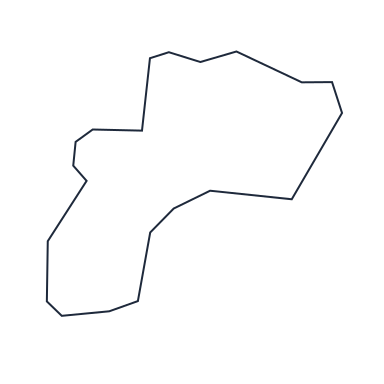 map outline of Slough (Natural Earth projection), rotated 281°
{"feature_id": "GBR-5704", "entity_name": "Slough", "entity_type": "Unitary Authority", "adm_level": 1, "iso_a3": "GBR", "parent_name": "United Kingdom", "parent_adm1": "", "projection": "natural_earth1", "projection_center": [-0.575, 51.482], "detail": "fine", "context": "isolated", "style": "outline", "palette": "slate", "viewbox_px": 384, "rotation_deg": 281, "n_neighbors": 0, "source": "natural_earth", "source_scale": "10m", "svg_char_len": 418}
<svg xmlns="http://www.w3.org/2000/svg" viewBox="0 0 384 384"><g transform="rotate(281 192 192)"><path d="M116.2,59.8L182.8,86.4L195.2,70.4L219.0,68.2L234.4,82.6L242.7,131.2L315.3,125.2L324.8,142.6L321.2,175.4L338.4,208.8L320.6,278.8L326.6,308.5L298.2,324.2L203.9,291.3L196.7,209.5L172.3,177.2L144.3,158.7L74.6,159.7L59.1,133.5L45.6,87.8L56.9,70.4L116.2,59.8Z" fill="none" stroke="#1e293b" stroke-width="2"/></g></svg>